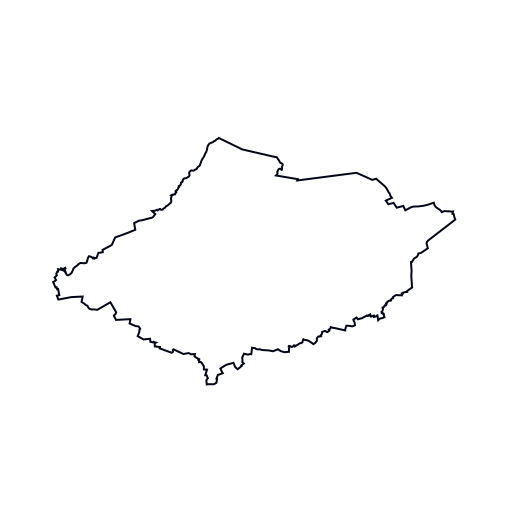 the district of Chimá, Córdoba, Colombia, rotated 58°
{"feature_id": "7082276B67782051899776", "entity_name": "Chimá", "entity_type": "district", "adm_level": 2, "iso_a3": "COL", "parent_name": "Colombia", "parent_adm1": "Córdoba", "projection": "natural_earth1", "projection_center": [-75.666, 9.111], "detail": "fine", "context": "isolated", "style": "outline", "palette": "ink", "viewbox_px": 512, "rotation_deg": 58, "n_neighbors": 0, "source": "geoboundaries", "source_scale": "gbopen_adm2", "svg_char_len": 6118}
<svg xmlns="http://www.w3.org/2000/svg" viewBox="0 0 512 512"><g transform="rotate(58 256 256)"><path d="M325.3,66.1L324.3,67.1L322.7,65.3L321.9,66.8L320.5,68.4L318.9,70.9L317.9,72.1L317.5,73.6L317.4,75.1L315.5,75.3L314.1,75.7L310.5,77.3L308.7,77.7L307.2,77.6L305.0,77.0L303.6,83.0L302.1,87.5L299.7,92.6L297.4,96.4L296.8,98.9L296.4,105.1L291.6,104.6L289.6,111.0L283.9,111.2L282.2,116.3L277.8,116.6L278.7,109.9L277.6,110.1L275.9,110.1L274.5,109.6L273.9,109.5L272.4,109.8L270.6,109.6L267.4,109.5L265.1,109.8L254.1,113.2L253.1,117.0L238.7,126.7L213.8,181.0L213.0,179.8L198.3,196.4L197.7,194.3L197.0,193.7L195.9,193.4L194.6,191.3L194.4,190.7L194.5,189.9L194.6,189.6L196.4,188.6L196.6,188.5L196.5,188.2L195.8,187.7L194.3,187.0L193.3,185.4L192.7,184.9L191.8,184.8L189.7,186.0L187.5,185.9L183.2,186.1L182.3,187.2L158.3,211.2L136.2,225.0L136.4,225.8L136.2,227.8L136.6,229.4L136.4,230.8L136.6,231.9L136.0,235.7L136.3,237.0L137.5,239.2L139.4,240.8L141.3,242.9L142.4,245.1L143.5,246.5L144.4,248.0L145.6,250.6L146.5,252.0L147.7,253.4L148.5,254.6L149.3,255.4L149.6,256.5L149.7,258.1L150.1,259.2L150.6,259.7L150.7,260.6L150.5,261.9L150.6,263.5L150.2,264.3L149.2,265.4L149.0,266.0L149.6,268.2L150.6,268.9L152.1,269.4L153.0,270.7L153.0,273.4L152.9,274.1L152.2,275.7L152.4,277.4L153.2,278.3L153.5,278.3L153.9,279.0L154.2,279.2L154.2,279.9L153.9,280.3L153.9,280.7L155.3,281.7L155.7,282.3L155.9,284.0L155.7,285.3L156.0,284.9L156.7,284.7L156.9,285.6L157.6,286.4L158.2,287.5L158.1,288.9L158.4,289.9L158.7,290.0L159.2,289.6L159.6,289.7L159.8,290.0L159.9,291.0L160.8,291.9L159.6,294.5L159.6,295.4L160.1,294.9L160.1,295.5L162.1,297.6L164.0,298.4L165.3,299.4L165.6,300.0L166.2,303.6L166.3,304.9L166.1,305.9L166.6,306.9L166.8,307.7L166.8,309.7L167.2,310.8L166.8,311.7L166.1,312.2L165.4,312.3L165.1,312.7L165.1,314.1L165.2,315.0L164.4,315.0L164.4,314.7L164.2,317.1L163.8,318.4L163.3,319.1L162.7,320.4L167.0,319.2L168.4,322.6L168.4,323.9L167.3,327.2L165.4,333.4L164.1,336.4L163.5,341.9L169.8,344.5L168.3,353.1L165.6,365.6L170.2,372.4L170.1,375.4L169.5,382.9L171.6,383.9L170.8,385.8L170.6,386.5L169.8,387.9L173.1,392.3L172.8,392.9L172.5,394.3L172.6,394.5L172.2,394.8L171.7,394.2L171.3,394.6L171.5,395.5L170.4,395.7L168.9,396.6L167.7,397.7L168.3,399.1L170.1,401.2L170.7,401.6L170.8,402.2L171.8,403.1L171.9,403.9L171.7,404.4L170.4,406.6L169.5,407.6L168.9,408.7L168.8,410.5L169.3,412.8L169.5,415.6L169.9,417.4L171.4,419.4L172.5,421.2L172.8,422.5L173.0,423.8L172.8,425.7L171.9,426.4L171.5,426.5L169.3,426.2L169.2,426.4L168.4,426.4L167.9,426.2L168.0,425.8L167.5,425.7L165.8,425.5L165.7,424.2L164.9,424.1L164.9,426.3L163.7,427.3L163.3,427.8L163.9,428.0L165.7,426.3L165.8,426.0L166.5,426.2L166.5,426.6L166.7,426.8L165.6,427.4L163.6,429.4L162.3,430.9L163.2,431.2L164.3,432.1L164.0,433.0L165.3,434.8L166.9,435.2L167.5,438.2L170.4,438.3L170.7,440.1L170.6,441.8L176.4,442.7L176.8,441.7L178.8,442.3L179.1,441.3L185.0,443.6L184.1,445.9L188.2,446.7L193.0,434.4L198.5,424.5L202.5,428.3L205.5,426.8L207.3,426.4L208.6,425.5L209.5,425.3L211.2,425.5L212.1,425.3L213.0,424.9L214.3,423.7L215.4,421.7L217.5,419.2L218.1,404.0L229.7,404.4L230.6,405.7L231.2,408.1L236.0,408.6L243.0,396.0L246.3,399.0L251.7,395.1L253.5,392.9L256.4,392.8L256.6,393.8L258.2,394.9L258.9,395.6L261.2,398.8L267.2,395.6L270.0,389.7L272.9,391.0L275.0,388.7L274.6,388.3L276.4,386.8L276.3,388.1L279.1,389.7L282.3,385.6L283.3,386.6L293.4,378.8L293.3,377.2L292.5,376.9L291.8,376.4L291.4,375.9L291.4,375.4L300.7,369.5L302.6,364.6L305.0,363.1L306.8,359.7L308.4,361.3L309.8,360.9L313.3,358.9L313.5,359.8L314.0,359.4L315.9,360.5L316.5,359.0L318.4,358.7L321.7,358.6L324.6,360.3L326.4,357.8L330.2,362.2L331.0,361.1L334.2,361.6L334.4,362.6L335.3,364.1L338.8,365.8L339.7,364.0L342.3,359.9L342.5,359.0L342.5,356.7L339.5,354.1L339.0,354.5L336.7,351.4L337.8,346.3L336.2,346.3L332.5,345.8L332.5,338.8L334.7,331.7L339.0,332.5L342.3,331.6L341.7,326.5L341.0,326.5L340.7,323.3L338.6,323.8L337.0,322.6L336.2,322.1L335.1,321.8L332.5,318.0L335.5,314.9L335.6,314.0L335.9,313.3L336.8,312.1L331.7,307.9L333.8,305.5L334.9,305.2L336.1,304.1L336.9,302.4L337.8,301.6L338.2,301.4L339.3,300.2L342.9,295.1L345.8,292.1L346.7,286.8L349.8,285.4L352.6,282.9L354.7,278.8L353.0,277.8L352.0,277.0L350.9,275.8L350.2,276.3L349.9,275.9L350.2,275.6L350.0,275.3L350.2,275.1L352.1,273.8L352.3,273.0L352.2,272.5L352.4,271.7L352.0,271.7L351.9,271.2L352.7,271.2L352.9,270.4L353.3,270.6L353.3,265.1L353.7,264.0L353.9,262.9L353.6,262.1L352.5,261.2L351.7,260.0L352.6,259.6L354.5,257.3L355.9,256.3L358.3,255.1L361.2,254.0L361.1,253.1L361.1,251.8L360.7,250.9L360.4,249.7L360.1,249.3L358.4,248.2L358.0,247.8L357.3,246.2L357.3,245.9L358.3,244.1L358.5,243.7L358.4,243.1L357.6,243.2L357.3,242.2L356.8,241.2L355.4,240.1L356.2,237.0L358.3,236.0L358.2,233.4L357.0,233.3L357.0,232.0L356.8,231.3L355.9,230.2L357.6,228.9L359.6,226.6L366.4,219.8L365.1,218.8L363.0,216.3L364.8,213.7L366.6,211.8L367.1,210.3L367.1,208.7L364.1,207.5L361.9,207.3L361.5,207.1L361.5,203.4L363.5,203.2L363.9,202.6L364.5,200.2L364.9,199.4L365.2,193.5L366.0,193.3L366.3,192.4L366.4,192.1L365.9,192.0L366.0,190.1L368.3,190.6L368.7,188.4L369.0,187.6L370.2,188.3L370.6,186.8L370.7,184.5L375.2,186.4L374.8,184.7L374.8,184.2L375.7,181.3L376.0,179.5L375.6,179.3L374.8,179.3L373.6,178.7L372.8,178.9L372.5,178.3L372.3,178.3L371.4,179.5L371.0,179.6L370.6,179.1L370.2,179.3L370.0,179.2L370.0,178.5L368.6,176.7L367.9,176.3L367.1,176.2L366.8,176.0L367.0,174.3L366.1,173.0L366.1,172.7L366.7,172.2L366.7,171.8L366.0,170.9L365.1,170.9L364.8,170.1L365.1,169.8L365.1,169.4L364.4,168.6L364.4,166.6L365.2,165.7L365.3,165.3L364.4,164.3L364.1,163.7L364.1,163.1L364.4,162.5L364.4,162.0L363.7,161.5L363.4,161.4L363.3,159.9L363.4,157.9L366.2,153.8L366.3,153.1L366.6,153.0L366.5,152.8L365.6,152.6L365.1,152.3L365.6,151.6L365.0,151.4L365.2,149.9L365.8,148.2L366.2,147.7L366.5,146.9L365.9,146.8L365.8,146.6L365.4,140.3L355.0,134.8L351.5,132.2L343.3,127.8L343.7,127.0L342.2,124.0L341.9,123.1L341.9,120.3L341.7,119.5L340.9,118.0L339.9,117.0L340.5,115.6L340.8,114.0L340.5,106.2L336.3,104.9L335.8,104.7L334.8,103.7L334.1,102.0L330.7,67.7L327.8,67.1L325.3,66.1Z" fill="none" stroke="#020617" stroke-width="2"/></g></svg>